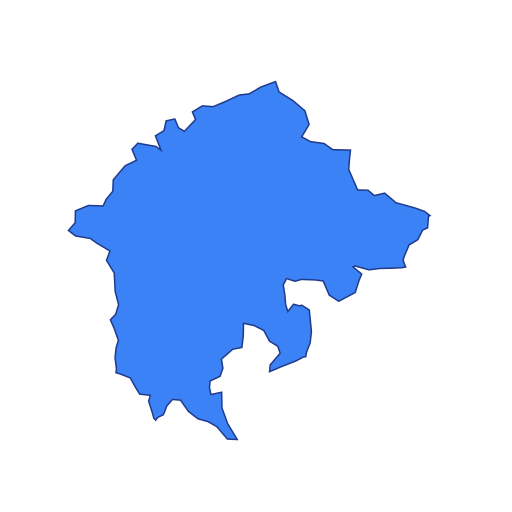 Simou, Paphos, Cyprus (Natural Earth projection), rotated 156°
{"feature_id": "46923920B76634226633631", "entity_name": "Simou", "entity_type": "district", "adm_level": 2, "iso_a3": "CYP", "parent_name": "Cyprus", "parent_adm1": "Paphos", "projection": "natural_earth1", "projection_center": [32.5, 34.948], "detail": "fine", "context": "isolated", "style": "filled", "palette": "blue", "viewbox_px": 512, "rotation_deg": 156, "n_neighbors": 0, "source": "geoboundaries", "source_scale": "gbopen_adm2", "svg_char_len": 1927}
<svg xmlns="http://www.w3.org/2000/svg" viewBox="0 0 512 512"><g transform="rotate(156 256 256)"><path d="M251.5,143.8L249.3,147.2L241.8,154.7L236.1,164.4L229.3,185.0L234.3,192.5L236.4,192.7L241.4,196.7L249.5,192.3L248.7,199.5L245.5,208.6L242.8,218.6L237.2,222.9L230.7,217.1L224.0,216.1L212.1,210.3L204.8,205.9L205.0,190.4L198.8,181.0L180.2,182.3L172.0,191.6L166.8,196.5L171.8,206.5L169.7,206.7L158.4,197.4L148.4,194.4L134.6,188.7L127.7,186.1L123.8,185.0L123.4,192.2L120.4,195.7L111.7,203.8L101.5,205.1L93.2,211.9L87.8,211.9L82.3,222.1L80.6,222.1L83.8,228.1L91.0,235.0L99.2,241.8L106.4,247.7L112.9,261.1L123.4,263.1L126.9,270.5L136.3,275.0L136.1,297.3L130.9,307.0L126.6,314.3L142.6,321.9L148.1,331.1L159.8,338.4L165.8,346.3L159.3,350.8L154.0,354.6L152.3,368.8L159.0,382.8L168.2,396.5L167.2,407.4L182.7,408.4L184.2,408.2L196.2,406.9L206.1,409.9L222.1,409.6L234.5,409.9L244.0,415.0L255.5,413.5L255.7,405.3L270.7,399.0L274.7,404.8L274.4,414.2L283.1,416.0L289.1,407.9L299.0,406.7L299.8,391.3L302.9,396.8L318.1,407.1L325.9,403.9L326.2,392.1L338.7,391.7L355.4,383.7L360.5,373.4L369.9,368.7L375.3,363.9L388.5,370.3L402.6,370.7L407.6,360.0L417.0,355.6L412.7,347.7L400.2,339.4L396.3,332.6L387.4,320.0L394.4,312.8L392.4,298.2L399.1,280.8L401.3,267.4L408.0,259.8L415.0,257.0L415.0,247.7L416.0,235.0L421.2,228.9L426.2,220.3L429.4,209.6L431.4,206.4L427.9,203.3L420.5,195.8L419.3,183.3L418.4,177.1L409.2,171.7L413.1,167.1L414.4,155.5L415.3,149.2L414.4,146.8L411.4,148.5L405.1,148.7L398.3,155.4L390.6,158.9L383.6,155.0L380.9,141.4L375.2,130.8L367.3,124.3L361.2,116.0L356.6,100.4L347.8,96.0L350.1,114.4L348.9,131.0L342.8,145.5L353.5,147.8L351.9,155.0L348.7,160.5L337.8,160.7L331.9,166.9L329.5,175.9L315.2,180.3L306.1,178.2L300.0,188.4L294.8,199.6L286.0,193.2L279.2,184.9L278.3,172.7L272.8,164.6L273.5,157.3L287.3,150.8L290.7,144.8L277.4,144.6L262.4,143.9L254.0,144.4L251.5,143.8Z" fill="#3b82f6" stroke="#1e3a8a" stroke-width="1.5"/></g></svg>